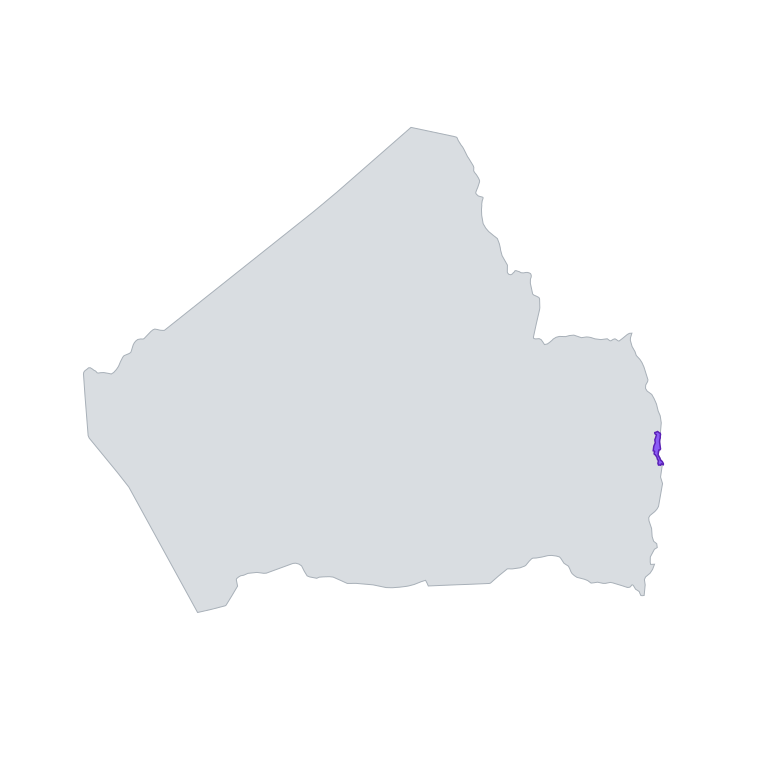 Algeria, with Tipaza highlighted, rotated 100°
{"feature_id": "DZA-2198", "entity_name": "Tipaza", "entity_type": "Province", "adm_level": 1, "iso_a3": "DZA", "parent_name": "Algeria", "parent_adm1": "", "projection": "equal_earth", "projection_center": [2.473, 36.591], "detail": "fine", "context": "in_parent", "style": "filled", "palette": "violet", "viewbox_px": 768, "rotation_deg": 100, "n_neighbors": 0, "source": "natural_earth", "source_scale": "10m", "svg_char_len": 5013}
<svg xmlns="http://www.w3.org/2000/svg" viewBox="0 0 768 768"><g transform="rotate(100 384 384)"><path d="M547.1,91.1L547.6,92.8L547.7,94.3L545.5,95.8L544.1,96.6L542.4,100.6L539.2,103.4L538.7,104.2L538.7,104.9L541.0,106.2L541.7,107.3L542.1,108.9L541.3,114.5L540.1,124.5L540.1,126.7L541.1,129.3L541.9,131.3L542.3,133.6L542.1,139.3L543.2,142.5L544.1,145.5L542.2,149.3L541.5,152.6L541.1,157.4L540.9,160.4L539.7,163.2L538.1,165.8L536.3,167.4L534.0,168.8L531.4,170.7L529.3,175.6L524.8,179.8L523.8,181.2L523.5,184.5L523.7,189.1L524.5,192.7L526.9,198.2L529.0,204.1L529.6,207.1L530.4,208.2L533.2,210.2L538.0,212.9L538.9,213.9L541.4,218.1L543.8,225.5L544.6,230.4L553.2,237.9L561.5,244.5L562.1,245.5L567.1,268.1L568.8,276.2L575.2,305.3L572.8,306.9L570.1,309.0L572.2,313.0L576.2,319.5L578.6,324.7L579.4,326.9L581.4,333.4L583.0,339.7L583.4,341.8L584.1,346.6L583.7,360.0L585.2,377.0L586.8,385.5L584.8,393.2L583.0,400.5L583.2,404.2L584.4,410.0L585.5,414.3L587.0,416.5L586.9,423.7L586.3,426.4L582.1,430.1L577.4,433.6L576.1,436.6L575.8,439.8L576.5,442.5L590.7,467.0L591.3,469.5L591.6,476.4L594.1,485.1L596.7,489.0L597.7,491.8L599.4,493.8L601.2,495.3L602.3,495.5L608.5,493.1L619.1,497.1L629.2,501.1L630.0,501.9L636.1,515.3L641.4,527.9L529.8,617.4L517.5,631.1L488.5,664.9L486.2,666.4L447.6,676.4L427.5,681.4L426.5,681.7L425.4,681.7L424.5,681.7L422.8,680.8L420.7,678.8L419.4,677.8L419.0,676.1L419.8,674.0L420.8,672.1L421.2,670.6L421.9,669.5L422.8,668.5L422.8,667.2L422.1,665.1L421.4,662.1L421.4,656.7L421.5,654.3L419.6,652.2L416.1,650.0L412.9,648.6L411.4,648.2L407.8,647.4L402.9,645.9L401.2,644.9L398.0,639.9L396.4,638.7L389.1,637.8L386.6,637.0L384.6,635.8L382.9,634.2L381.9,631.5L381.6,629.2L381.0,628.2L372.9,622.8L370.8,621.0L369.7,619.3L369.7,616.8L369.9,613.7L369.6,610.9L369.3,609.6L228.1,484.7L220.6,478.3L203.5,463.9L126.6,402.0L128.1,358.0L128.3,355.7L128.8,354.8L131.4,353.1L135.4,349.5L136.9,347.8L138.8,346.2L145.6,341.2L147.0,339.8L153.5,334.1L155.0,333.2L158.5,332.7L159.9,331.6L161.9,329.3L164.8,326.7L166.7,325.4L167.1,325.2L168.3,325.0L174.1,325.8L176.6,326.4L179.5,326.9L180.4,326.6L181.2,325.7L182.4,323.9L182.7,321.7L182.8,319.9L183.0,319.0L183.6,318.7L184.8,318.8L186.5,319.1L190.0,319.0L191.2,318.7L195.2,318.3L200.9,317.1L208.9,314.2L212.8,310.9L215.7,307.4L218.7,302.1L221.1,297.6L225.8,294.8L229.8,293.1L232.0,292.4L237.1,290.0L245.5,283.1L252.4,282.0L253.3,281.4L254.3,280.2L254.4,278.1L253.2,276.6L251.8,275.9L250.9,275.0L249.9,274.8L249.4,273.8L249.7,272.0L249.9,270.2L250.6,268.5L250.4,266.1L249.5,263.6L249.2,261.9L249.4,260.2L249.9,258.8L251.3,257.9L253.0,257.6L255.3,258.0L259.3,257.4L269.6,253.2L270.4,251.9L271.1,249.0L271.9,246.5L272.9,245.7L273.5,245.5L281.8,243.8L283.6,243.7L298.9,244.5L312.0,245.0L313.2,244.4L313.3,242.6L312.4,239.1L313.0,237.0L314.9,235.0L317.3,232.8L316.2,230.1L314.4,228.3L311.8,226.1L310.4,225.2L308.1,222.6L306.7,219.6L305.8,213.4L304.1,209.8L302.9,205.5L304.1,197.6L302.5,192.8L302.3,190.7L302.3,188.3L302.9,184.1L302.6,178.1L300.7,172.0L301.7,170.0L302.2,168.9L302.0,168.0L300.2,166.0L299.4,164.4L299.9,162.9L300.9,160.8L300.8,159.9L297.9,157.2L292.9,152.9L291.5,151.1L290.9,148.7L295.7,149.3L298.2,149.0L304.0,146.2L308.6,142.4L312.1,140.5L315.3,136.3L318.1,133.7L322.2,130.9L334.0,124.8L335.8,124.8L339.6,126.1L342.9,125.7L345.3,123.6L347.8,118.5L351.6,115.4L356.4,112.2L363.0,109.3L367.3,106.5L374.1,104.2L391.1,102.7L399.8,101.3L405.7,101.6L411.7,97.3L414.7,95.9L427.6,95.5L433.7,92.4L456.9,92.4L459.7,93.4L462.5,95.1L467.3,99.2L469.7,100.1L472.7,99.3L479.8,95.4L487.8,93.4L492.1,91.1L493.9,87.7L497.6,86.5L499.8,89.0L508.1,91.7L513.2,90.9L515.4,90.1L514.5,86.3L519.9,87.3L524.1,89.1L528.6,92.9L531.4,93.6L536.5,91.9L547.1,91.1Z" fill="#d9dde1" stroke="#a8b0b8" stroke-width="1"/><path d="M384.6,103.3L385.0,103.3L385.2,103.2L385.8,102.9L386.0,102.8L386.7,103.0L387.0,103.0L388.3,102.7L389.6,102.6L390.7,102.8L391.0,102.8L393.1,102.6L399.0,100.7L399.5,100.5L400.0,100.4L400.5,100.6L401.0,100.9L401.1,101.2L401.2,101.4L401.2,101.7L401.5,101.8L401.8,101.8L402.3,101.9L402.5,102.0L405.9,101.8L406.7,101.5L408.9,99.6L410.4,98.7L411.1,98.2L411.6,97.2L411.8,96.8L412.4,96.2L413.8,95.1L414.8,94.9L415.0,94.9L415.0,95.1L414.8,95.9L414.8,96.5L414.7,96.7L414.6,96.8L414.5,97.0L414.8,97.2L415.8,97.3L416.0,97.5L415.9,98.2L415.9,98.6L416.0,98.8L416.1,99.0L416.2,99.3L416.1,99.6L415.9,99.8L415.4,99.9L415.1,100.0L415.0,100.3L414.8,100.4L414.4,100.5L411.7,100.4L411.5,100.5L411.4,100.7L411.4,100.9L411.2,101.2L410.9,101.5L409.5,102.2L409.0,102.4L408.6,102.6L408.2,103.0L407.1,104.1L406.7,104.4L406.6,104.6L406.5,105.0L406.4,105.3L406.2,105.6L405.9,105.8L405.5,105.9L404.6,105.9L404.4,105.9L403.7,105.7L403.3,105.9L403.2,106.0L403.0,107.3L398.4,107.5L395.1,106.7L394.5,106.7L392.9,107.3L392.0,107.5L391.8,107.6L391.1,107.5L390.4,107.3L387.2,106.9L386.8,106.9L386.5,107.1L386.3,107.9L386.2,108.1L386.0,108.4L385.7,108.6L385.2,108.9L384.8,108.9L384.1,107.5L383.3,106.5L383.4,106.0L384.1,104.9L384.3,104.3L384.6,103.3Z" fill="#8b5cf6" stroke="#5b21b6" stroke-width="1.5"/></g></svg>